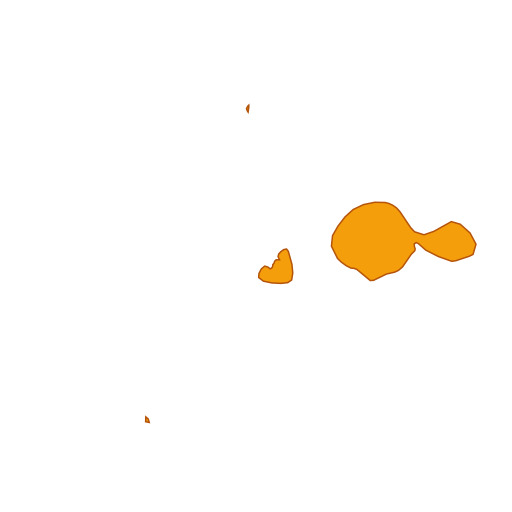 outline of Windward Islands, rotated 324°
{"feature_id": "PYF-4963", "entity_name": "Windward Islands", "entity_type": "state/province", "adm_level": 1, "iso_a3": "PYF", "parent_name": "French Polynesia", "parent_adm1": "", "projection": "robinson", "projection_center": [-149.632, -17.426], "detail": "fine", "context": "isolated", "style": "filled", "palette": "amber", "viewbox_px": 512, "rotation_deg": 324, "n_neighbors": 0, "source": "natural_earth", "source_scale": "10m", "svg_char_len": 1213}
<svg xmlns="http://www.w3.org/2000/svg" viewBox="0 0 512 512"><g transform="rotate(324 256 256)"><path d="M434.2,343.0L439.9,350.3L442.7,363.2L440.9,375.8L432.5,382.3L428.5,381.6L415.0,377.3L411.3,375.4L403.2,363.6L396.8,351.0L394.6,341.2L393.4,339.3L391.1,339.2L389.8,341.3L388.9,343.9L387.5,345.1L382.5,345.9L368.0,351.0L362.7,351.4L358.7,350.6L351.0,347.3L336.9,344.8L334.0,343.0L329.7,326.1L328.0,323.6L325.7,321.6L323.3,316.9L321.4,311.0L320.5,305.9L322.8,292.4L329.9,284.5L339.9,280.0L351.0,276.7L362.0,275.5L373.2,277.6L383.6,282.3L391.9,288.6L394.4,291.6L396.5,295.4L398.0,299.9L398.5,305.0L397.8,323.8L398.5,329.6L404.4,337.6L414.4,340.6L434.2,343.0ZM282.2,267.1L284.8,268.3L284.9,271.2L280.2,283.8L275.8,291.3L270.7,296.4L266.0,296.2L260.2,292.9L253.1,287.2L247.2,280.7L245.5,275.0L248.1,271.9L252.7,269.6L257.1,269.3L259.1,271.9L260.0,274.8L262.1,274.9L264.0,273.7L264.4,272.9L266.4,272.4L268.0,271.2L270.0,270.9L272.8,272.9L273.5,269.4L275.6,267.7L278.6,267.1L282.2,267.1ZM69.3,325.2L72.3,321.4L73.0,324.5L71.8,327.9L69.3,325.2ZM335.0,131.1L336.9,130.2L337.9,129.8L338.8,129.7L337.8,131.2L334.2,134.9L334.2,133.9L334.4,133.0L335.0,131.1Z" fill="#f59e0b" stroke="#b45309" stroke-width="1.5"/></g></svg>